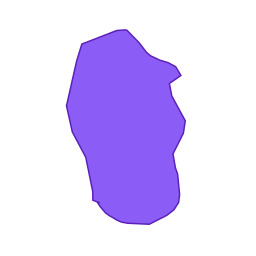 SVG path tracing the border of Plav, rotated 295°
{"feature_id": "MNE-1503", "entity_name": "Plav", "entity_type": "Municipality", "adm_level": 1, "iso_a3": "MNE", "parent_name": "Montenegro", "parent_adm1": "", "projection": "orthographic", "projection_center": [19.907, 42.587], "detail": "fine", "context": "isolated", "style": "filled", "palette": "violet", "viewbox_px": 256, "rotation_deg": 295, "n_neighbors": 0, "source": "natural_earth", "source_scale": "10m", "svg_char_len": 637}
<svg xmlns="http://www.w3.org/2000/svg" viewBox="0 0 256 256"><g transform="rotate(295 128 128)"><path d="M184.6,50.7L211.6,76.6L215.3,83.2L216.2,85.5L210.0,102.0L204.6,112.3L203.0,117.6L202.9,127.9L204.2,136.9L203.7,145.3L198.0,153.7L185.8,146.7L175.6,154.1L158.7,176.9L146.6,180.4L123.6,179.7L111.8,187.9L111.7,188.0L107.4,192.3L89.5,202.9L86.4,203.9L81.9,205.3L73.3,204.2L65.3,200.1L49.8,188.0L41.6,168.1L40.0,162.1L39.8,157.8L40.7,148.1L41.5,143.6L45.0,136.0L47.2,132.4L48.1,133.1L47.7,126.7L55.5,122.9L83.6,102.1L100.9,79.2L122.2,62.8L124.4,62.4L166.7,53.2L184.6,50.7Z" fill="#8b5cf6" stroke="#5b21b6" stroke-width="1.5"/></g></svg>